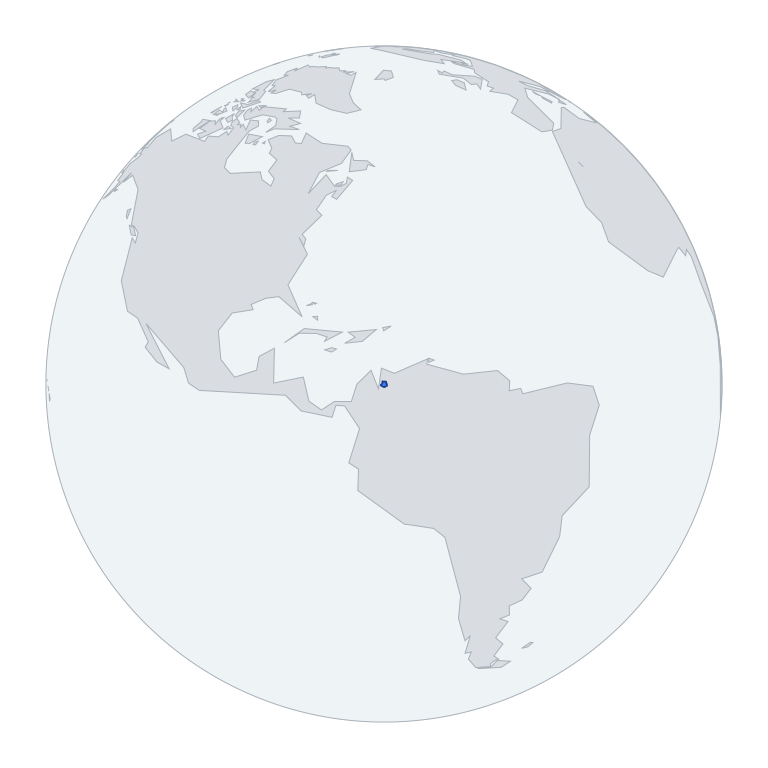 the Earth from above Trujillo, rotated 339°
{"feature_id": "VEN-29", "entity_name": "Trujillo", "entity_type": "State", "adm_level": 1, "iso_a3": "VEN", "parent_name": "Venezuela", "parent_adm1": "", "projection": "orthographic", "projection_center": [-70.512, 9.496], "detail": "fine", "context": "on_globe", "style": "filled", "palette": "blue", "viewbox_px": 768, "rotation_deg": 339, "n_neighbors": 0, "source": "natural_earth", "source_scale": "10m", "svg_char_len": 9436}
<svg xmlns="http://www.w3.org/2000/svg" viewBox="0 0 768 768"><g transform="rotate(339 384 384)"><circle cx="384" cy="384" r="338" fill="#eef3f6" stroke="#a8b0b8"/><path d="M339.4,390.4L331.5,386.6L323.6,396.5L297.0,379.5L288.0,359.2L209.3,323.8L201.9,313.2L203.0,296.8L183.5,242.3L188.8,292.7L180.0,282.3L174.2,264.1L179.1,260.1L177.6,234.3L170.6,224.1L175.8,193.4L201.3,157.4L202.5,163.2L208.5,154.8L207.4,147.5L205.2,144.8L224.2,114.1L224.1,99.1L212.8,102.2L224.1,96.3L195.1,108.8L187.9,110.6L203.0,104.1L209.9,100.3L208.4,98.6L215.1,94.4L218.2,91.6L226.4,87.1L234.6,84.9L240.1,82.3L238.7,81.4L246.0,77.3L247.2,78.8L260.1,72.0L276.2,69.4L272.9,81.2L288.7,79.8L303.3,93.2L308.9,89.6L317.9,93.9L327.7,91.9L327.6,95.9L335.4,90.9L333.6,87.7L336.5,84.7L342.0,83.5L342.9,88.1L340.3,89.4L343.5,90.2L341.5,93.2L345.6,91.0L346.1,97.4L353.9,89.6L361.2,93.5L359.2,98.2L348.6,99.6L317.9,117.6L312.6,124.7L315.9,132.3L344.6,141.7L343.3,149.5L349.4,158.7L355.1,152.9L352.4,143.9L364.4,136.5L359.6,127.5L363.8,123.6L363.3,114.5L374.9,114.3L386.6,119.3L387.7,127.2L392.9,130.0L401.3,121.8L412.4,137.1L435.5,149.1L437.1,153.9L423.3,162.8L399.5,163.4L381.6,179.1L405.0,167.8L408.6,181.6L414.1,183.9L420.8,183.1L424.0,177.7L427.7,182.7L406.0,194.6L402.3,190.2L409.2,186.1L398.0,187.0L383.4,197.0L386.4,204.2L361.2,214.9L363.0,220.5L358.5,226.6L357.3,216.6L359.0,235.4L329.9,256.9L331.6,291.8L317.1,264.7L304.2,261.6L288.5,262.1L288.4,267.7L267.7,263.3L248.4,274.9L240.5,302.5L246.9,324.1L270.0,325.5L277.3,313.5L294.5,311.3L281.3,343.6L311.2,348.6L307.7,373.1L316.3,385.8L331.5,382.6L347.2,388.7L358.6,374.5L376.8,366.6L377.1,386.5L387.3,368.3L397.4,377.7L433.8,376.2L431.0,380.8L461.7,403.3L494.8,412.1L502.5,426.1L498.5,435.2L510.0,437.1L510.2,442.9L555.5,448.7L578.3,461.0L577.3,481.0L557.7,505.4L538.7,553.5L503.1,570.8L493.3,589.4L464.2,616.3L442.7,615.2L448.1,627.4L435.6,635.1L421.4,636.0L418.4,644.5L408.0,644.8L414.6,650.2L397.3,660.9L401.8,669.3L389.1,677.3L392.5,681.9L387.8,681.8L382.8,683.5L382.3,686.0L368.0,681.6L364.2,671.0L369.5,665.5L363.2,664.5L374.4,649.8L367.6,652.8L369.5,629.7L379.4,609.7L385.9,549.1L378.7,536.7L352.7,522.0L321.4,474.1L329.7,454.4L322.9,445.0L345.2,416.9L339.4,390.4ZM65.5,280.4L68.0,272.8L67.1,277.9L65.5,280.4ZM69.3,268.0L68.4,270.6L69.1,268.4L69.3,268.0ZM69.5,266.3L69.3,267.6L69.2,266.9L69.5,266.3ZM69.5,265.0L69.6,265.4L69.5,265.7L69.5,265.0ZM329.5,303.7L363.7,320.6L343.9,322.8L347.7,319.7L339.1,312.6L323.0,306.2L305.7,309.8L329.5,303.7ZM70.5,260.7L70.9,259.4L71.2,259.0L70.5,260.7ZM345.6,284.3L339.6,283.0L345.5,282.9L345.6,284.3ZM203.1,144.6L206.6,147.9L205.2,156.6L201.4,154.1L203.1,144.6ZM206.8,129.9L210.4,129.7L203.4,137.5L203.5,135.1L206.8,129.9ZM203.2,106.1L204.8,107.0L200.9,107.7L203.2,106.1ZM217.2,92.0L214.6,93.3L217.4,91.4L217.2,92.0ZM356.9,115.5L360.0,115.0L358.5,116.9L356.9,115.5ZM353.7,112.2L349.7,114.7L347.6,113.6L350.1,112.0L353.7,112.2ZM232.4,83.1L237.6,80.2L233.7,82.7L232.4,83.1ZM359.1,109.5L344.3,111.3L340.7,109.4L347.2,102.2L359.1,109.5ZM241.5,78.3L254.0,72.2L249.3,74.1L269.6,66.2L252.3,73.4L248.3,75.9L246.6,76.0L241.5,78.3ZM330.6,87.3L332.8,90.6L325.8,89.1L330.6,87.3ZM325.5,87.2L300.0,88.8L299.5,84.0L308.2,84.0L303.5,79.4L315.8,76.1L321.1,78.0L319.0,81.5L325.3,77.7L325.5,87.2ZM278.9,63.4L283.1,62.0L280.3,63.1L278.9,63.4ZM337.0,83.4L331.9,83.8L331.2,79.5L341.3,77.9L338.3,79.7L337.0,83.4ZM296.2,80.1L297.4,77.1L307.7,73.5L309.6,71.9L316.0,75.7L296.2,80.1ZM341.3,80.1L346.4,77.3L351.9,78.4L342.0,82.7L341.3,80.1ZM326.7,79.2L326.9,77.3L330.1,77.8L326.7,79.2ZM374.0,81.9L367.9,81.9L367.0,79.5L374.0,81.9ZM348.0,76.3L346.1,75.9L345.1,75.2L349.5,73.7L348.0,76.3ZM322.9,73.2L326.9,72.6L320.8,71.4L328.2,69.2L331.2,72.3L333.1,70.0L335.3,69.4L335.2,72.8L322.9,73.2ZM350.8,70.2L357.1,74.3L368.6,74.5L369.8,76.5L351.0,75.8L350.8,70.2ZM341.6,71.3L347.6,70.9L346.0,73.2L340.9,74.9L341.6,71.3ZM332.3,66.8L320.0,69.3L319.8,68.6L332.3,66.8ZM354.5,69.7L352.9,68.8L355.5,69.4L354.5,69.7ZM339.4,67.0L335.2,67.8L335.0,67.0L339.4,67.0ZM353.3,66.5L355.3,67.6L351.9,68.6L353.3,66.5ZM347.2,66.3L348.0,65.0L349.5,68.3L345.3,66.8L347.2,66.3ZM340.0,66.0L338.5,65.8L341.8,65.8L340.0,66.0ZM364.8,62.4L367.5,66.4L360.1,68.4L358.5,64.2L364.8,62.4ZM391.9,690.5L369.2,683.2L381.9,686.6L390.7,682.7L402.6,688.1L391.9,690.5ZM417.8,680.1L428.0,677.6L430.4,678.8L423.9,680.9L417.8,680.1ZM648.2,173.3L643.1,167.2L640.3,163.8L648.2,173.3ZM623.1,145.3L630.3,152.7L632.4,154.9L636.5,159.4L641.5,166.3L650.7,176.9L655.6,183.8L641.9,168.7L636.2,162.2L618.4,149.6L624.9,156.9L642.2,169.8L640.9,169.7L649.9,181.5L642.0,172.6L621.5,158.3L620.8,167.9L635.9,201.4L632.2,207.3L621.8,205.2L600.3,176.3L611.0,166.7L603.6,157.9L587.7,148.7L592.3,147.1L587.1,142.7L589.9,139.3L580.2,126.0L580.9,122.5L564.2,109.9L562.2,106.8L572.7,114.8L580.4,119.2L580.6,112.8L576.8,109.4L565.9,102.1L567.3,101.9L556.7,95.8L550.4,90.6L549.2,92.4L536.3,85.6L525.5,79.2L521.0,77.8L538.7,88.4L545.9,92.6L552.5,95.5L572.1,109.3L574.8,113.4L553.5,101.4L555.0,106.5L537.7,96.4L500.6,71.3L491.7,65.8L504.5,68.3L514.0,72.2L514.2,72.8L526.0,77.4L519.3,74.5L520.5,74.9L508.7,69.9L533.9,81.1L558.1,94.4L581.1,109.5L602.9,126.5L623.1,145.3ZM500.7,66.9L496.8,65.5L496.4,65.3L500.7,66.9ZM280.9,62.2L269.6,66.2L249.3,74.1L249.5,74.0L280.9,62.2ZM686.7,534.2L704.7,486.9L712.8,459.1L716.2,439.6L716.0,400.8L716.6,375.5L714.6,366.9L711.6,372.3L708.2,362.1L705.6,363.7L683.0,384.3L671.0,372.9L644.6,331.8L645.0,311.3L636.2,290.5L631.7,208.6L640.7,208.9L648.6,189.5L651.3,190.4L661.3,206.0L675.9,216.4L667.7,201.6L669.5,203.2L681.9,224.5L692.8,246.8L702.0,269.7L709.5,293.3L715.3,317.4L719.3,341.8L721.5,366.4L721.8,391.2L720.4,415.9L717.2,440.4L712.2,464.6L705.4,488.4L696.9,511.6L686.7,534.2ZM645.0,246.3L647.9,252.5L645.0,246.3ZM435.0,375.9L439.3,379.6L433.5,379.9L435.0,375.9ZM341.0,330.9L348.3,331.4L352.1,334.4L346.5,335.4L341.0,330.9ZM403.1,330.9L411.5,332.5L402.7,334.3L403.1,330.9ZM369.2,322.8L396.3,330.4L379.0,336.4L361.9,331.9L373.8,330.1L369.2,322.8ZM341.8,295.6L346.3,297.0L344.9,300.6L341.8,295.6ZM349.9,284.4L348.1,284.7L345.9,281.7L349.9,284.4ZM409.9,180.9L411.7,180.1L418.4,180.5L415.2,182.8L409.9,180.9ZM448.4,169.7L453.5,178.1L447.7,173.3L444.2,177.5L427.6,173.4L437.0,156.2L435.7,164.3L448.4,169.7ZM408.0,164.5L417.5,168.1L406.7,164.9L408.0,164.5ZM556.0,125.0L561.4,126.2L566.9,131.7L565.9,139.0L557.9,130.8L556.0,125.0ZM567.7,126.9L546.7,114.6L546.5,110.5L550.2,114.7L552.1,113.2L558.6,119.8L578.8,129.1L584.9,134.7L579.8,143.3L578.1,137.0L573.0,135.8L567.7,126.9ZM493.7,99.3L484.7,96.4L495.9,90.9L503.1,94.4L502.6,101.1L493.8,101.0L493.7,99.3ZM373.4,97.5L369.2,98.5L368.9,97.0L372.3,94.9L373.4,97.5ZM371.2,82.1L391.4,92.2L387.7,93.7L404.0,99.2L400.4,105.3L389.9,101.3L399.4,110.8L388.5,109.7L396.1,116.1L373.1,106.5L363.7,106.7L375.6,103.9L379.1,98.1L377.8,95.6L367.2,89.2L348.7,87.8L349.3,82.6L354.6,79.4L359.1,78.9L357.3,82.2L364.7,79.3L365.5,83.8L371.2,82.1ZM416.6,58.0L412.6,59.7L427.5,59.0L428.5,61.7L430.1,61.4L435.1,64.0L444.0,67.0L442.8,68.2L446.8,69.0L450.2,71.0L455.2,72.6L454.9,75.7L461.1,78.1L457.4,78.2L468.1,81.7L460.0,80.6L463.6,83.9L469.6,83.2L455.7,100.7L456.1,110.5L460.8,119.8L446.3,118.0L432.6,108.8L421.3,97.5L423.0,89.0L416.1,90.3L414.9,86.8L420.8,87.2L410.9,84.6L411.5,82.0L401.5,74.9L386.9,73.9L382.8,71.8L388.8,70.9L380.6,69.5L389.2,66.6L386.5,65.2L392.3,61.5L405.5,61.5L401.5,60.0L405.7,57.8L416.6,58.0ZM366.9,61.4L382.4,59.6L390.5,60.5L377.0,66.7L378.3,68.4L369.9,73.5L358.3,72.3L361.8,70.8L362.4,69.2L365.8,70.2L363.6,68.3L368.3,66.4L367.8,64.6L373.0,64.4L366.9,61.4ZM647.9,183.5L648.8,183.0L648.8,180.8L654.4,188.6L647.9,183.5ZM634.3,173.8L634.1,171.9L642.1,180.8L641.1,181.8L634.3,173.8ZM627.3,163.8L633.5,171.1L629.6,167.7L627.3,163.8ZM571.9,113.1L571.0,111.2L573.5,112.7L577.2,115.8L571.9,113.1ZM461.0,60.0L457.5,60.0L455.5,59.3L443.9,57.7L442.3,56.1L448.7,56.5L461.0,60.0ZM657.7,186.2L658.9,187.5L659.2,188.3L657.7,186.2ZM457.4,58.0L452.8,57.4L454.8,57.1L457.4,58.0ZM440.6,55.0L441.8,54.4L440.8,55.8L440.6,55.0ZM466.9,56.4L454.3,53.5L447.8,52.2L466.9,56.4ZM401.0,46.5L401.8,46.6L396.0,46.3L394.6,46.2L401.0,46.5ZM430.3,50.3L435.7,51.2L433.9,51.3L430.3,50.3ZM281.6,62.3L283.0,62.0L279.4,63.1L281.6,62.3Z" fill="#d9dde1" stroke="#a8b0b8" stroke-width="1"/><path d="M380.8,384.9L380.7,384.5L380.7,384.0L380.7,383.8L380.6,383.7L380.8,383.4L381.1,383.3L381.3,383.3L381.5,383.4L381.8,383.4L382.0,383.4L382.2,383.2L382.4,382.9L382.5,382.9L382.5,382.7L382.7,382.4L382.8,382.4L382.8,382.5L383.0,382.5L383.1,382.4L383.3,382.1L383.1,381.6L383.1,381.3L383.3,381.0L383.4,380.9L383.5,380.8L383.7,381.0L383.8,381.2L383.9,381.4L384.0,381.4L384.1,381.5L384.3,381.6L384.5,381.6L384.9,381.5L385.0,381.5L385.3,381.8L385.5,382.0L385.7,381.9L385.8,381.9L385.8,382.0L386.0,382.3L386.3,382.3L386.5,382.4L386.6,382.5L386.8,382.7L386.9,382.8L386.8,383.0L386.7,383.0L386.3,383.2L386.2,383.2L386.2,383.3L386.3,383.7L386.3,383.9L386.6,384.0L386.8,384.4L386.7,384.7L386.6,384.8L386.4,385.2L386.2,385.3L386.2,385.5L386.3,385.5L386.5,385.5L386.6,385.4L386.6,385.5L386.6,386.1L386.5,386.3L386.4,386.5L386.3,386.8L386.1,386.8L385.9,386.9L385.7,386.9L385.4,386.8L385.0,386.8L384.7,386.8L384.4,386.8L384.1,386.9L384.0,387.0L383.9,387.1L383.8,386.9L383.7,386.8L383.7,386.7L383.4,386.8L383.2,386.9L383.0,387.0L382.9,387.0L382.9,386.9L382.8,386.7L382.7,386.6L382.4,386.4L382.2,386.3L382.0,386.2L381.8,385.9L381.8,385.7L381.7,385.2L381.4,384.9L381.2,384.8L380.9,384.9L380.8,384.9Z" fill="#3b82f6" stroke="#1e3a8a" stroke-width="1.5"/></g></svg>